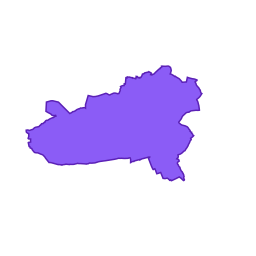 outline of Rosia De Secas, Alba, Romania, rotated 44°
{"feature_id": "2599482B90231933862617", "entity_name": "Rosia De Secas", "entity_type": "district", "adm_level": 2, "iso_a3": "ROU", "parent_name": "Romania", "parent_adm1": "Alba", "projection": "orthographic", "projection_center": [23.873, 46.048], "detail": "fine", "context": "isolated", "style": "filled", "palette": "violet", "viewbox_px": 256, "rotation_deg": 44, "n_neighbors": 0, "source": "geoboundaries", "source_scale": "gbopen_adm2", "svg_char_len": 5701}
<svg xmlns="http://www.w3.org/2000/svg" viewBox="0 0 256 256"><g transform="rotate(44 128 128)"><path d="M111.3,194.7L113.7,192.4L114.3,191.7L115.3,190.1L116.2,188.7L116.4,188.3L116.6,188.2L117.2,187.9L118.8,186.4L122.2,183.5L123.1,182.9L123.3,182.3L124.1,181.6L124.7,179.9L126.2,178.6L128.5,176.0L130.1,173.0L131.1,171.5L132.9,169.2L134.5,167.2L140.0,159.9L141.4,157.8L142.1,156.5L143.6,155.1L143.8,154.9L144.1,154.5L146.6,152.4L148.7,150.2L149.2,149.6L149.4,149.1L149.5,148.8L149.7,148.6L150.0,148.4L150.1,148.1L150.4,148.0L150.5,148.1L151.6,148.7L152.2,149.2L153.0,150.1L153.3,150.3L153.5,150.7L153.9,151.1L154.1,150.6L154.0,150.0L154.1,149.8L154.6,149.0L154.8,148.7L155.0,148.5L155.5,147.9L155.3,147.7L155.4,147.3L155.7,146.8L155.9,146.6L156.0,146.3L156.2,146.1L156.3,145.9L156.5,145.6L157.0,144.7L158.0,143.1L158.2,142.9L158.4,142.9L158.3,142.6L158.5,142.4L158.7,142.1L159.0,142.1L159.1,141.5L159.5,140.4L160.3,139.2L163.0,134.7L163.6,134.0L163.8,133.9L163.8,134.0L163.8,135.6L171.7,139.3L174.4,140.3L174.9,140.4L175.1,140.3L175.4,139.0L175.6,138.7L177.5,139.4L178.2,139.8L180.5,140.9L181.4,139.4L182.4,137.3L186.7,139.2L188.2,139.9L189.8,138.7L190.5,137.7L190.9,137.0L191.2,136.8L192.3,136.6L193.7,136.6L194.0,136.6L194.3,136.7L194.5,136.6L194.5,136.0L194.8,135.6L195.7,135.8L195.9,135.7L197.7,131.0L198.9,127.6L199.1,127.6L201.0,127.3L203.9,127.3L204.5,127.2L204.7,126.7L204.6,126.2L204.2,125.8L203.4,125.6L202.6,125.1L202.3,124.5L202.1,124.0L201.9,123.9L201.6,123.8L200.9,123.2L200.4,122.9L199.9,122.8L199.0,122.3L198.4,122.4L197.6,121.9L196.3,121.9L195.5,121.7L193.2,120.7L192.7,120.2L191.5,120.3L190.7,120.1L189.9,119.6L189.5,119.6L189.1,119.7L187.9,119.0L187.7,118.7L187.6,118.3L187.5,117.8L187.6,117.3L187.8,116.4L187.8,116.2L187.3,116.0L186.7,115.6L186.1,115.6L185.1,116.0L184.5,116.3L184.4,115.4L184.5,114.8L184.3,114.0L184.1,113.7L183.9,113.6L183.2,113.0L182.7,112.8L182.6,112.5L183.6,110.8L184.0,109.4L184.2,108.4L184.3,105.7L184.7,104.9L184.7,104.6L184.3,103.1L184.0,100.9L183.7,100.1L183.6,99.2L183.0,98.0L182.4,95.7L181.7,94.3L181.6,92.9L181.5,92.4L180.2,91.9L180.4,91.2L180.6,89.3L180.6,88.1L180.5,87.8L179.7,88.1L179.3,87.9L178.6,87.5L177.4,87.6L177.1,87.5L176.8,86.9L176.4,87.1L174.8,87.2L174.5,86.7L174.1,86.6L173.2,86.5L172.7,86.5L171.4,86.1L170.2,86.0L169.7,86.0L167.5,86.8L164.9,88.3L164.3,88.5L163.7,88.7L161.2,88.9L160.8,88.8L160.4,88.5L160.2,86.2L159.9,84.2L159.2,82.4L159.0,81.3L159.1,79.5L159.3,76.4L159.6,75.9L160.2,75.0L160.9,74.2L161.1,73.0L161.4,71.9L164.6,68.0L166.1,66.7L167.0,65.6L166.7,65.3L163.4,62.7L162.9,62.4L162.2,62.0L160.8,61.1L159.5,60.4L157.9,60.0L157.6,59.8L157.7,58.9L157.9,56.9L157.9,55.7L157.8,54.8L157.2,51.9L156.3,52.1L155.9,52.0L154.3,51.1L153.8,50.6L152.7,50.5L151.2,50.0L150.7,49.9L149.7,49.9L147.6,49.7L147.3,49.6L146.5,49.1L145.7,48.7L144.6,48.4L144.2,48.1L144.0,47.7L144.5,46.6L144.6,46.1L144.5,45.7L144.3,45.5L142.4,46.3L141.5,46.8L140.0,47.9L137.2,49.5L135.5,50.3L138.0,54.3L135.2,57.5L134.0,57.2L131.2,57.0L130.5,57.0L127.4,57.8L125.9,58.0L125.8,58.5L124.1,58.6L123.6,58.9L122.6,59.0L121.7,59.3L120.8,59.8L120.4,58.9L119.3,56.8L118.9,56.4L117.4,55.4L116.4,54.9L114.4,55.2L113.7,55.7L111.9,57.8L111.5,58.1L110.1,59.4L109.6,59.7L109.2,60.2L109.9,60.6L109.7,61.4L109.7,61.8L109.5,62.3L109.5,62.5L109.8,62.6L109.8,63.3L109.5,63.7L109.4,64.1L109.3,64.8L109.3,66.2L109.2,67.1L109.1,69.3L109.2,70.6L109.0,71.5L108.8,71.9L108.4,72.2L108.4,73.2L107.2,73.9L106.9,72.8L106.7,72.5L106.4,72.3L106.0,72.5L104.9,72.7L104.1,73.0L104.3,73.2L103.7,73.7L101.7,76.8L101.9,77.4L101.6,77.7L101.4,78.5L101.3,79.0L101.1,78.9L100.9,79.1L101.7,80.8L102.0,82.0L102.1,83.0L101.5,83.2L101.6,83.8L101.3,83.9L101.3,84.2L100.7,84.5L100.2,84.5L99.8,84.6L99.5,84.5L98.7,84.6L98.5,84.8L98.4,85.1L98.7,85.4L98.2,85.4L99.3,87.2L96.6,88.7L96.6,88.8L96.3,88.7L96.1,89.1L95.7,89.2L95.0,89.6L94.6,89.9L93.7,90.3L93.4,90.8L91.9,91.8L92.5,92.8L91.6,93.3L95.5,98.2L94.6,98.8L95.7,100.2L94.6,101.4L94.0,102.7L93.9,103.4L94.4,103.4L94.8,103.6L95.4,105.7L96.3,106.3L97.5,109.5L96.7,110.6L96.3,110.7L94.5,111.8L93.6,112.7L93.1,113.7L92.6,115.0L92.3,115.7L91.9,116.9L91.7,117.1L91.1,117.4L89.1,117.9L88.0,118.4L84.3,125.6L82.6,128.1L81.0,129.8L80.1,130.3L76.8,132.3L81.3,140.9L82.1,141.6L83.6,143.2L82.8,143.3L82.4,143.8L81.8,144.4L80.9,145.8L80.2,146.4L79.9,146.7L79.7,147.9L79.3,148.3L78.5,150.1L78.3,151.0L78.2,152.0L77.7,153.6L76.9,154.6L76.7,156.3L76.4,156.9L76.1,158.0L60.0,157.7L55.4,160.4L54.6,161.0L53.6,162.1L51.3,166.0L57.4,173.0L59.9,172.4L62.1,171.7L63.3,171.5L64.1,171.7L64.6,171.5L65.4,171.1L66.4,170.1L67.0,169.8L67.2,169.2L67.9,169.5L67.4,170.5L67.2,171.2L67.2,171.7L67.0,172.2L67.0,172.5L66.7,172.7L65.5,175.6L64.8,178.4L64.1,179.0L63.8,179.7L63.8,180.5L64.0,180.9L63.9,181.2L64.2,181.7L63.9,181.9L63.9,182.6L63.8,182.8L63.9,183.7L63.3,184.3L63.2,184.7L62.9,184.9L63.0,185.4L62.9,185.9L63.1,186.2L63.0,186.5L63.1,186.8L62.9,187.1L62.8,187.7L63.0,188.6L62.8,189.1L61.0,191.7L60.6,192.7L60.5,193.7L60.6,194.2L60.4,195.0L60.2,195.7L59.7,196.3L59.1,197.8L58.8,198.2L57.8,198.7L56.8,199.5L56.5,200.1L56.3,200.3L57.1,201.1L57.6,201.5L58.2,201.6L59.7,201.4L60.4,201.1L60.7,201.1L61.5,202.1L62.4,202.9L63.1,204.4L63.4,204.9L64.0,204.9L64.3,204.7L64.9,204.2L65.7,203.6L66.6,204.7L67.2,205.3L67.7,205.7L66.9,207.1L66.4,207.5L66.4,207.8L69.7,210.0L70.3,209.6L71.5,210.3L73.0,209.6L74.0,210.1L76.7,210.5L77.8,210.5L79.1,209.7L80.4,208.5L83.4,207.4L84.6,206.8L85.7,206.5L88.2,206.6L89.8,207.0L95.2,207.7L95.8,207.1L97.0,206.2L103.3,202.8L103.4,202.5L103.7,202.3L105.4,200.9L105.7,201.0L106.4,200.3L106.3,200.1L107.9,198.1L108.4,197.2L108.7,197.1L108.9,196.7L109.5,196.3L110.0,196.0L110.8,195.3L111.2,195.1L111.3,194.7Z" fill="#8b5cf6" stroke="#5b21b6" stroke-width="1.5"/></g></svg>